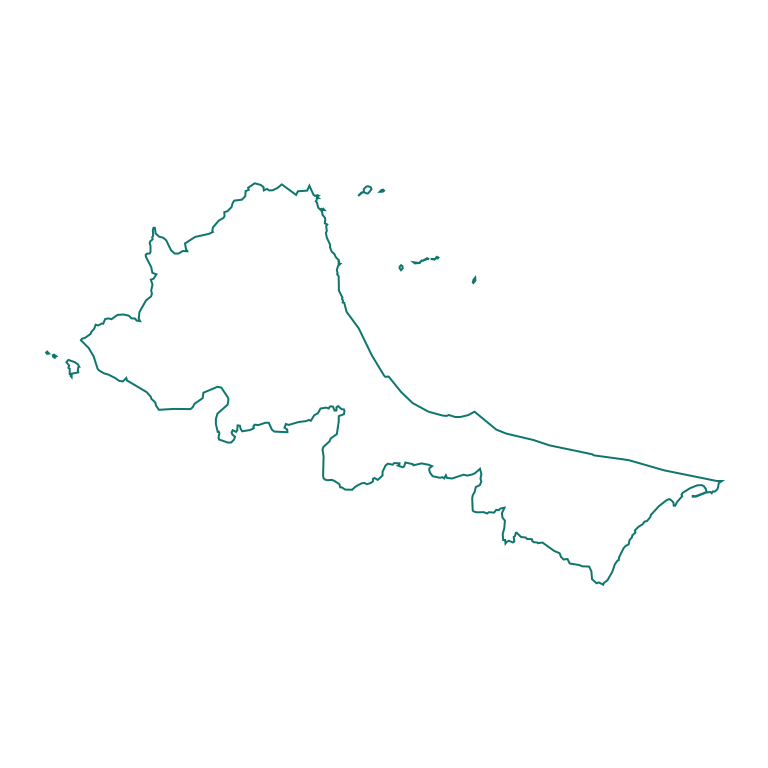 Bangka Tengah, Bangka-Belitung, Indonesia
{"feature_id": "22746128B66707258567489", "entity_name": "Bangka Tengah", "entity_type": "district", "adm_level": 2, "iso_a3": "IDN", "parent_name": "Indonesia", "parent_adm1": "Bangka-Belitung", "projection": "robinson", "projection_center": [106.262, -2.433], "detail": "fine", "context": "isolated", "style": "outline", "palette": "teal", "viewbox_px": 768, "rotation_deg": 0, "n_neighbors": 0, "source": "geoboundaries", "source_scale": "gbopen_adm2", "svg_char_len": 6094}
<svg xmlns="http://www.w3.org/2000/svg" viewBox="0 0 768 768"><path d="M80.9,340.3L88.6,347.9L93.7,356.5L97.6,368.8L98.9,370.3L103.9,373.3L108.4,374.6L115.1,378.0L119.3,380.9L122.9,381.4L126.3,378.0L126.9,380.4L146.6,392.1L150.8,396.8L151.4,398.9L155.3,402.4L156.0,405.6L158.9,409.8L174.2,408.9L190.5,409.1L192.6,407.4L194.5,403.8L202.7,398.1L203.4,392.7L217.5,386.8L221.3,387.6L227.6,397.0L228.4,399.0L228.2,401.8L227.6,404.7L217.5,413.6L215.9,418.8L215.9,424.1L217.7,431.9L218.7,431.6L219.4,433.1L218.5,437.3L219.0,439.5L227.7,442.5L231.2,442.5L234.0,439.6L235.0,436.7L232.4,434.6L231.6,432.4L232.7,430.2L236.1,431.9L237.2,430.4L237.6,425.4L239.9,425.7L240.7,429.0L242.2,431.3L250.2,430.0L253.8,428.2L253.3,426.9L254.5,424.7L258.3,425.1L265.6,422.7L268.8,422.8L271.9,429.7L274.4,431.6L287.4,432.2L287.2,429.5L284.5,427.7L285.9,424.0L288.8,424.9L298.7,422.0L306.2,421.1L308.9,419.9L310.8,420.8L314.3,415.2L317.9,413.3L320.5,408.5L326.3,407.6L328.7,408.5L329.8,406.7L331.1,406.3L333.0,406.7L334.6,410.6L336.4,410.5L336.5,407.2L338.2,406.1L341.5,409.2L343.8,409.4L344.5,410.8L343.9,414.2L338.8,416.1L338.7,421.8L336.8,434.2L330.8,438.3L329.4,441.5L323.4,446.9L322.5,449.5L323.6,456.3L323.1,475.6L323.6,478.2L324.9,479.5L327.2,480.2L332.1,479.9L334.5,481.0L339.3,484.1L340.2,487.3L341.7,487.3L345.2,489.6L352.2,489.7L355.5,486.6L361.6,483.3L364.4,483.0L367.0,484.2L370.6,483.0L372.9,481.6L373.0,478.8L374.7,478.0L377.7,479.9L382.5,475.5L382.6,471.5L385.7,465.3L387.9,463.7L392.7,464.7L394.1,463.1L399.5,463.3L399.3,464.6L397.9,465.6L402.6,467.2L404.1,466.5L405.4,462.5L412.9,464.2L413.4,465.3L421.5,463.4L428.8,464.8L432.1,466.2L429.4,468.2L429.2,469.9L430.1,472.8L432.6,476.2L439.9,477.8L442.5,477.2L444.2,478.4L445.9,475.3L447.0,477.9L452.0,478.5L463.6,474.7L467.3,475.6L472.4,474.4L475.3,473.0L480.0,468.8L481.4,474.1L480.5,478.3L481.3,481.7L479.8,485.1L475.8,487.1L474.6,492.0L472.8,495.2L472.2,498.3L472.7,510.3L473.3,511.3L476.5,512.3L483.9,512.2L487.0,513.5L488.9,512.2L494.1,512.6L496.2,509.9L498.7,510.2L500.5,508.5L504.5,507.7L501.9,513.2L502.5,517.6L504.9,520.7L504.3,528.1L502.7,534.0L503.2,540.1L505.1,540.0L505.5,543.5L506.8,541.8L508.9,540.8L512.9,542.4L514.3,541.5L513.7,537.0L515.0,536.0L515.9,532.8L516.7,532.7L521.0,537.0L525.6,537.5L527.1,539.0L531.3,539.1L532.0,539.4L532.1,540.8L533.8,542.2L537.4,542.5L538.0,543.2L542.4,542.5L554.3,551.0L559.6,553.2L561.0,556.9L563.5,559.5L567.5,559.0L569.7,563.5L579.2,565.0L582.2,566.3L589.2,566.6L591.4,571.4L592.0,579.1L596.6,583.3L598.7,582.4L603.2,584.7L603.6,583.2L607.5,580.2L612.3,571.8L614.9,564.2L617.6,560.5L618.7,560.2L619.2,557.0L623.6,548.2L625.5,546.0L628.6,544.4L629.5,540.2L631.9,537.3L632.3,535.4L635.4,532.6L634.9,530.4L638.6,526.7L642.6,524.3L644.4,521.7L647.0,521.0L650.3,517.1L650.9,514.9L658.9,506.2L666.1,500.5L668.8,499.2L670.0,499.3L672.5,501.4L673.5,502.9L673.7,505.6L675.1,505.7L677.2,501.8L682.2,496.2L681.5,494.7L682.7,492.8L690.1,488.2L697.0,485.4L701.3,485.1L703.7,486.0L705.9,489.1L706.5,492.1L695.6,496.2L692.7,495.9L692.7,496.7L696.0,496.6L706.2,492.5L710.4,492.0L711.7,493.2L712.7,491.5L714.7,491.6L717.0,489.7L718.1,487.4L718.7,483.2L721.9,481.0L716.8,481.0L664.0,470.3L628.6,460.1L593.5,455.3L592.7,454.4L549.6,445.4L533.4,440.0L506.3,433.6L496.3,429.6L474.5,411.7L468.3,415.1L460.4,417.0L455.2,417.0L448.9,415.0L446.7,415.9L442.8,415.6L428.5,411.7L412.7,403.1L401.2,392.1L388.6,376.5L385.4,376.9L384.1,375.6L371.8,355.3L358.7,328.3L346.5,311.7L344.3,302.9L342.7,302.5L343.0,300.6L342.0,298.9L342.5,297.7L338.9,290.6L338.7,276.2L337.1,274.1L337.6,273.1L336.8,270.1L338.0,266.1L340.3,263.8L338.6,263.6L339.2,261.9L338.4,261.2L338.8,260.1L336.0,257.5L334.3,253.9L331.8,251.8L329.9,247.1L330.2,244.9L326.8,237.6L325.9,232.9L326.8,231.1L326.2,226.1L327.3,224.5L324.8,223.3L325.3,219.4L324.9,217.8L322.6,214.9L322.0,211.7L320.8,209.9L324.5,210.1L323.6,209.1L323.4,209.7L321.5,208.8L319.8,209.3L318.1,207.4L317.0,202.7L315.8,201.3L316.7,200.0L316.8,198.1L318.5,198.1L317.3,197.1L318.5,195.9L316.9,195.9L318.4,194.9L315.6,195.8L313.6,195.0L309.4,185.7L307.2,190.6L297.9,191.3L296.1,194.9L281.8,184.4L277.3,188.1L272.5,190.3L269.1,190.4L267.0,188.9L263.8,190.4L263.5,187.1L260.7,184.9L254.7,183.3L248.1,187.8L248.7,189.9L245.6,191.1L245.3,196.1L241.9,199.7L234.3,200.6L232.7,202.9L231.6,207.0L227.5,211.2L224.3,212.2L224.5,216.2L223.5,217.9L218.9,220.5L213.0,227.3L212.3,230.8L212.9,232.0L208.8,233.9L195.2,236.9L185.0,243.4L186.3,250.8L187.3,250.7L187.4,251.3L182.9,251.0L178.3,253.6L174.6,253.5L171.0,250.2L166.2,240.3L163.2,237.7L159.2,236.7L155.7,233.5L154.8,227.8L153.5,227.8L152.8,229.9L153.2,235.8L152.2,237.2L152.6,239.4L150.1,241.5L149.7,243.1L150.5,246.0L150.5,252.0L149.7,253.5L146.6,253.8L145.7,254.9L145.9,256.8L151.2,267.1L152.4,272.9L156.4,274.3L153.6,278.7L150.8,279.7L152.5,284.6L151.2,290.4L151.9,293.9L151.0,296.5L146.1,300.3L139.5,311.9L138.7,318.5L140.1,321.1L136.6,320.6L135.1,318.6L131.4,318.3L128.9,315.7L123.4,314.5L117.5,314.9L111.5,319.2L108.5,318.4L105.2,319.0L103.2,323.7L101.6,323.6L98.2,325.5L95.7,324.7L94.2,328.8L91.1,332.2L90.7,333.8L85.3,337.7L81.8,338.8L80.9,340.3ZM74.6,362.1L68.4,359.9L66.4,362.2L69.1,365.5L68.4,367.9L69.7,368.7L69.7,374.1L70.8,374.5L70.7,376.0L71.6,377.1L71.7,373.7L78.2,372.4L77.8,370.1L78.5,366.5L79.1,366.6L78.1,364.5L74.6,362.1ZM370.8,187.3L368.0,186.2L366.0,186.8L363.7,189.3L363.9,191.8L361.3,192.6L358.2,196.0L362.3,192.5L364.4,192.4L367.1,193.6L368.4,193.1L371.5,189.2L370.8,187.3ZM401.0,270.2L402.7,268.4L402.3,266.0L401.1,265.2L399.7,266.6L399.6,268.2L401.0,270.2ZM473.3,283.0L475.4,280.5L475.2,277.6L473.5,279.7L472.8,282.5L473.3,283.0ZM383.3,189.7L381.6,189.9L379.7,191.8L382.8,191.7L384.1,190.7L383.3,189.7ZM56.4,356.3L53.9,354.6L52.8,355.3L53.1,356.7L54.3,356.8L54.7,358.7L54.8,357.1L56.4,356.3ZM419.7,263.0L422.3,259.9L419.1,263.0L413.4,262.2L414.8,263.4L419.7,263.0ZM438.4,257.6L436.8,256.8L434.8,259.1L430.6,258.9L434.5,259.6L436.7,257.8L437.8,258.4L438.4,257.6ZM429.1,259.2L427.1,258.2L422.1,261.1L427.3,258.9L429.1,259.2ZM49.0,353.6L47.2,351.6L46.1,352.6L47.2,353.9L49.0,353.6Z" fill="none" stroke="#0f766e" stroke-width="2"/></svg>